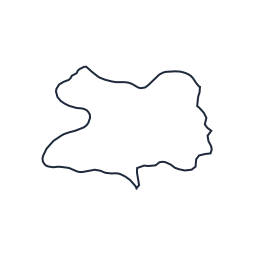 Hoechang, P'yŏngan-namdo, North Korea, rotated 127°
{"feature_id": "82179303B89029266614527", "entity_name": "Hoechang", "entity_type": "district", "adm_level": 2, "iso_a3": "PRK", "parent_name": "North Korea", "parent_adm1": "P'yŏngan-namdo", "projection": "orthographic", "projection_center": [126.448, 39.075], "detail": "fine", "context": "isolated", "style": "outline", "palette": "slate", "viewbox_px": 256, "rotation_deg": 127, "n_neighbors": 0, "source": "geoboundaries", "source_scale": "gbopen_adm2", "svg_char_len": 1562}
<svg xmlns="http://www.w3.org/2000/svg" viewBox="0 0 256 256"><g transform="rotate(127 128 128)"><path d="M51.8,95.3L52.1,96.3L51.1,100.5L49.2,105.9L48.6,109.0L48.8,112.1L49.5,115.2L50.7,118.4L51.8,120.7L54.4,124.5L60.4,131.6L62.7,133.4L66.6,135.2L81.5,137.6L85.3,138.7L88.4,141.6L89.6,144.3L90.2,150.1L90.8,152.8L91.7,155.3L93.6,158.6L98.6,165.2L100.6,169.0L103.3,175.5L104.8,181.0L105.0,183.3L104.8,191.0L104.2,198.2L105.7,200.0L110.3,202.2L112.5,202.6L115.1,202.0L120.1,204.3L122.7,203.9L125.1,204.2L129.9,207.2L134.7,209.2L136.8,209.0L139.5,208.8L142.1,207.6L145.7,203.0L146.9,198.0L146.6,192.7L145.7,188.3L143.0,181.2L140.0,176.4L139.1,174.0L138.7,171.6L139.1,169.2L140.3,166.5L142.8,164.4L147.7,162.8L150.1,162.7L152.5,163.1L154.7,164.0L162.1,168.6L166.6,172.2L171.2,175.3L173.7,176.5L183.1,179.8L193.5,180.6L200.8,179.2L203.6,178.1L205.9,175.9L206.9,173.7L207.4,171.2L206.8,168.7L204.3,164.0L201.4,161.0L199.7,158.6L196.4,152.9L195.3,150.6L193.4,142.7L192.4,140.4L190.7,138.0L181.3,129.4L178.7,124.2L177.4,119.1L174.1,113.6L172.1,111.3L170.3,108.6L169.4,106.3L168.4,100.8L168.3,95.0L169.9,87.1L171.1,84.9L166.9,84.8L161.9,90.1L158.2,94.0L154.5,96.6L148.4,92.6L146.0,88.7L141.2,83.5L136.3,82.2L133.8,79.6L132.6,76.9L131.5,71.7L131.5,66.5L130.3,62.6L127.9,57.3L125.5,54.7L123.0,52.1L121.8,51.8L118.2,50.8L112.0,54.7L107.1,54.7L102.3,50.7L98.6,46.8L94.9,48.1L92.5,50.7L90.0,55.9L86.3,59.8L80.1,59.8L80.1,65.0L78.8,68.9L72.7,71.5L70.2,76.7L68.9,83.3L68.9,85.9L62.7,89.7L60.2,91.0L56.5,92.3L51.8,95.3Z" fill="none" stroke="#1e293b" stroke-width="2"/></g></svg>